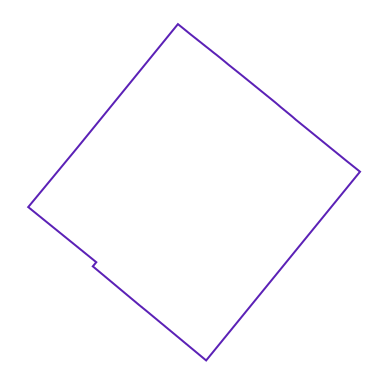 outline of Linn, Kansas, United States of America, rotated 309°
{"feature_id": "52423323B61475795206646", "entity_name": "Linn", "entity_type": "district", "adm_level": 2, "iso_a3": "USA", "parent_name": "United States of America", "parent_adm1": "Kansas", "projection": "orthographic", "projection_center": [-94.717, 38.214], "detail": "fine", "context": "isolated", "style": "outline", "palette": "violet", "viewbox_px": 384, "rotation_deg": 309, "n_neighbors": 0, "source": "geoboundaries", "source_scale": "gbopen_adm2", "svg_char_len": 549}
<svg xmlns="http://www.w3.org/2000/svg" viewBox="0 0 384 384"><g transform="rotate(309 192 192)"><path d="M77.2,74.2L77.2,161.8L71.8,161.7L70.9,222.0L70.9,231.4L70.0,309.0L313.5,309.8L313.4,294.4L313.4,290.5L313.4,289.6L313.5,234.6L313.5,227.4L313.7,222.5L313.8,207.5L314.0,200.7L314.0,198.5L314.0,189.4L314.0,188.3L314.0,183.2L314.0,176.0L314.0,154.2L313.9,141.2L313.9,140.2L314.0,132.8L314.0,124.6L313.9,121.1L313.9,118.2L313.8,110.6L313.6,91.6L313.6,88.1L313.6,75.4L154.3,75.0L77.2,74.2Z" fill="none" stroke="#5b21b6" stroke-width="2"/></g></svg>